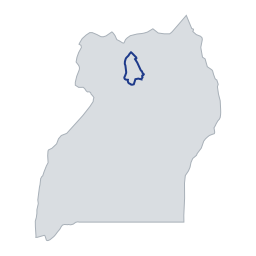 Gulu highlighted on a map of Uganda
{"feature_id": "UGA-3098", "entity_name": "Gulu", "entity_type": "County", "adm_level": 1, "iso_a3": "UGA", "parent_name": "Uganda", "parent_adm1": "", "projection": "natural_earth1", "projection_center": [32.435, 2.878], "detail": "fine", "context": "in_parent", "style": "outline", "palette": "blue", "viewbox_px": 256, "rotation_deg": 0, "n_neighbors": 0, "source": "natural_earth", "source_scale": "10m", "svg_char_len": 2743}
<svg xmlns="http://www.w3.org/2000/svg" viewBox="0 0 256 256"><path d="M183.9,222.1L180.2,222.1L174.1,222.1L168.0,222.1L161.9,222.1L155.8,222.1L149.7,222.1L143.7,222.1L137.6,222.1L131.5,222.1L125.4,222.1L119.3,222.1L113.2,222.1L107.2,222.1L101.1,222.1L95.0,222.1L88.9,222.1L82.8,222.1L79.2,222.1L78.5,222.0L78.0,221.8L75.7,222.3L73.3,224.1L70.8,224.8L68.1,224.5L67.8,224.7L66.4,224.6L64.4,224.5L62.6,225.0L61.3,226.5L59.9,229.1L57.4,232.1L55.5,234.7L53.8,236.6L50.0,239.7L47.9,240.6L46.9,240.5L46.3,239.9L45.1,236.0L44.3,235.3L37.0,237.4L35.8,237.4L36.0,236.2L35.4,226.8L35.3,221.1L36.3,217.6L36.9,213.4L36.9,209.8L38.3,203.6L37.8,199.9L39.5,186.9L40.0,184.8L40.7,178.6L41.8,176.6L42.7,175.9L44.0,172.0L46.4,165.9L48.1,162.7L47.7,155.8L48.0,151.1L48.4,150.0L51.9,148.3L56.6,143.9L58.5,138.8L61.3,135.5L66.7,133.4L82.6,115.8L90.0,106.4L93.2,101.5L93.3,99.8L93.9,97.5L92.6,95.7L91.1,94.1L90.6,92.6L89.3,91.8L87.4,91.9L86.1,90.8L84.7,88.6L83.2,87.3L78.7,87.4L75.3,85.2L75.3,82.3L76.7,76.4L79.3,69.7L79.5,67.9L79.1,66.3L78.4,65.0L77.3,63.6L76.1,62.0L77.0,57.2L78.7,52.5L80.0,50.1L81.4,47.5L81.0,45.3L79.0,44.2L80.1,42.1L82.2,38.6L86.2,35.0L89.8,32.6L92.2,32.6L96.8,34.5L101.0,36.7L103.3,36.8L106.1,35.9L111.9,31.9L113.3,33.2L115.0,35.6L116.8,39.6L120.4,41.5L122.2,42.7L123.4,43.1L124.1,42.8L125.5,39.6L127.2,37.9L130.3,35.7L137.1,34.0L141.9,33.5L144.0,33.1L147.4,32.1L152.9,28.8L158.2,33.0L164.1,33.8L169.7,33.8L171.4,32.5L172.4,31.5L178.3,24.7L186.3,15.4L191.7,28.5L193.5,29.2L193.3,30.4L192.8,31.5L196.3,34.6L200.6,36.3L202.1,37.9L202.3,39.7L200.8,47.3L201.1,49.5L202.5,57.2L205.1,58.9L207.3,66.7L211.9,69.9L212.6,70.9L213.6,74.6L215.1,78.7L216.2,79.7L216.8,79.9L218.2,84.3L217.4,86.7L218.5,94.2L220.2,100.8L220.6,108.7L220.7,112.2L220.6,114.4L220.2,117.4L219.4,119.1L217.9,120.8L216.3,123.5L214.9,126.4L214.0,127.8L214.7,132.1L214.5,133.2L214.2,133.7L212.1,134.4L209.4,135.5L207.8,136.7L205.5,138.8L203.7,141.2L201.3,148.1L197.2,153.5L196.5,155.3L192.7,158.5L191.0,162.4L190.0,167.3L188.5,170.8L185.3,175.6L184.5,183.1L184.6,198.2L183.8,215.4L183.9,222.1Z" fill="#d9dde1" stroke="#a8b0b8" stroke-width="1"/><path d="M136.4,58.3L136.0,58.8L135.3,58.8L135.0,59.1L137.2,62.5L140.6,69.9L141.1,70.7L141.6,71.0L142.0,71.4L142.3,72.4L142.7,73.3L143.4,73.7L143.8,74.3L143.3,75.1L142.4,75.4L142.1,76.0L142.3,76.6L142.5,77.5L142.0,78.2L141.5,78.6L141.5,79.4L138.3,78.6L135.4,79.2L133.8,84.3L132.4,84.7L131.2,84.7L130.5,84.0L129.4,83.6L128.5,82.9L128.0,81.9L127.8,81.1L127.8,80.3L127.9,79.8L125.8,79.6L124.8,79.0L124.3,77.8L124.6,76.7L125.2,75.6L125.6,74.4L126.1,73.1L126.2,72.1L125.4,65.5L124.8,63.9L124.9,61.6L125.6,59.1L126.2,57.9L128.4,55.7L129.7,53.7L131.0,52.3L132.0,53.1L136.2,57.4L136.4,58.3Z" fill="none" stroke="#1e3a8a" stroke-width="2"/></svg>